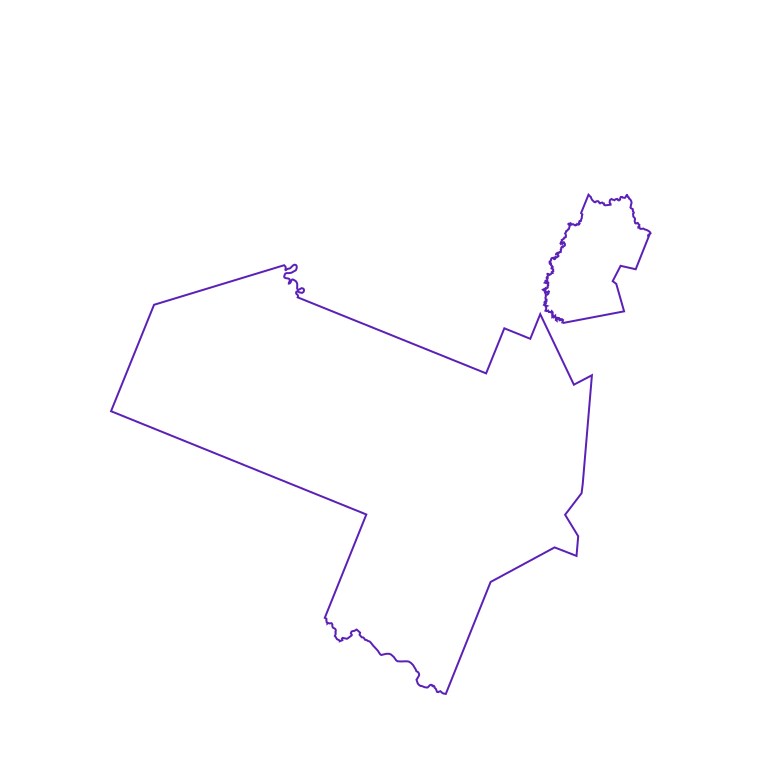 Ambunti/Drekikier District, East Sepik, Papua New Guinea (Natural Earth projection), rotated 22°
{"feature_id": "67681753B88786401502909", "entity_name": "Ambunti/Drekikier District", "entity_type": "district", "adm_level": 2, "iso_a3": "PNG", "parent_name": "Papua New Guinea", "parent_adm1": "East Sepik", "projection": "natural_earth1", "projection_center": [142.509, -4.218], "detail": "fine", "context": "isolated", "style": "outline", "palette": "violet", "viewbox_px": 768, "rotation_deg": 22, "n_neighbors": 0, "source": "geoboundaries", "source_scale": "gbopen_adm2", "svg_char_len": 6142}
<svg xmlns="http://www.w3.org/2000/svg" viewBox="0 0 768 768"><g transform="rotate(22 384 384)"><path d="M502.7,260.7L502.7,287.3L474.7,287.3L474.7,335.9L271.5,336.0L271.5,334.8L271.1,334.4L270.6,333.8L269.0,333.2L268.4,332.6L268.2,331.4L268.6,330.8L269.0,330.6L271.5,330.7L273.9,330.2L274.8,329.0L274.9,327.8L274.6,326.8L274.1,326.2L273.3,325.8L271.7,326.0L269.6,328.6L268.7,328.8L267.7,328.0L266.1,323.8L265.1,322.6L263.9,321.8L262.4,321.4L260.3,321.2L259.8,321.4L259.4,322.4L259.3,324.9L258.9,326.0L258.1,326.5L257.9,326.1L258.0,324.0L257.5,322.6L256.7,322.1L255.5,322.1L253.6,322.6L251.9,322.6L251.2,321.8L251.0,319.3L251.3,318.4L252.3,317.6L254.3,316.8L256.5,315.5L259.6,311.6L259.7,309.8L259.3,308.2L258.7,307.3L258.1,306.8L257.3,306.7L256.2,307.0L255.2,308.2L253.6,311.9L251.4,313.5L250.3,315.2L249.8,315.1L249.3,313.0L248.7,312.1L246.9,311.3L141.1,396.7L141.1,511.5L416.5,511.6L416.7,623.0L418.5,623.2L418.8,623.7L419.0,624.7L419.5,625.2L420.1,626.4L420.8,626.5L421.2,627.3L421.5,626.6L421.8,626.5L423.2,626.4L424.7,625.5L425.2,625.5L426.2,626.3L426.8,627.9L427.8,629.0L430.3,629.3L430.8,629.5L431.8,630.8L431.8,632.1L432.5,632.9L432.5,633.4L432.9,634.2L432.8,636.1L434.0,636.7L436.0,638.2L438.7,638.4L439.1,638.7L439.3,639.1L441.4,637.1L440.4,635.8L440.8,634.9L445.1,634.1L445.8,633.2L448.2,629.2L448.1,628.6L446.6,627.6L446.6,626.1L447.0,625.2L449.1,623.9L450.5,622.0L450.9,622.0L455.0,623.5L455.3,625.7L458.3,627.2L459.5,626.8L460.4,627.0L462.4,628.3L463.6,627.9L465.3,628.3L466.9,628.1L468.2,628.5L471.9,630.6L478.2,633.6L481.2,635.7L482.2,636.2L483.1,636.2L487.2,633.3L490.0,632.2L491.9,632.2L495.3,633.4L498.7,635.6L500.4,636.0L503.4,635.0L508.9,632.6L510.9,632.1L513.4,632.5L516.0,633.6L517.7,634.8L520.7,637.1L521.5,638.1L523.5,638.4L524.6,639.1L525.6,640.5L525.6,642.3L525.2,644.0L525.3,644.5L524.9,646.0L527.3,648.8L528.2,649.5L529.3,649.9L530.9,650.3L531.8,649.9L535.3,649.9L537.7,649.3L538.2,648.9L539.6,645.7L540.6,645.2L541.3,645.2L541.8,645.8L542.2,645.9L542.5,645.3L543.5,645.3L544.3,645.9L544.4,646.5L546.2,647.2L548.6,649.6L549.8,649.3L550.3,648.6L551.4,647.7L553.5,648.5L555.0,648.7L557.4,648.2L557.0,527.6L603.4,471.6L626.9,471.3L621.1,452.4L600.9,437.4L608.1,411.2L605.7,402.2L573.5,298.0L560.3,313.5L502.7,260.7ZM502.7,131.9L502.7,151.7L504.4,152.5L504.6,154.4L505.3,156.2L505.1,157.3L505.5,159.1L505.2,159.4L504.4,159.5L504.2,160.0L504.4,161.4L505.2,161.8L505.1,162.9L504.8,163.3L503.2,163.3L503.3,164.0L502.8,164.6L502.3,164.5L501.9,165.3L499.5,165.0L499.0,165.2L498.3,166.0L498.0,166.1L497.7,165.6L496.8,165.0L496.6,165.2L496.7,165.7L496.5,166.0L495.3,166.1L495.1,166.5L496.0,166.6L496.1,167.3L497.0,167.8L497.3,171.3L496.6,171.9L496.5,173.1L495.6,174.1L495.8,175.4L495.5,176.5L496.2,176.9L496.4,177.4L497.1,178.2L497.5,179.7L496.3,180.7L496.6,181.4L496.4,181.8L494.9,183.8L495.4,184.4L495.0,185.6L495.0,187.6L495.5,187.9L495.7,187.3L496.1,187.1L496.7,187.2L496.7,186.5L497.6,185.2L498.0,185.3L498.7,186.4L499.4,186.5L499.8,187.8L498.8,189.3L498.3,189.4L498.4,190.1L497.7,190.0L497.4,190.5L497.3,191.4L497.8,192.5L497.5,193.2L498.1,194.0L498.4,195.5L497.2,195.9L497.0,197.1L496.7,197.4L495.8,197.3L494.9,198.6L495.0,199.3L496.1,199.1L497.4,199.4L497.8,199.9L497.8,200.3L496.7,201.9L495.5,201.9L495.8,203.3L495.7,204.0L495.3,204.4L494.9,204.5L494.4,204.2L494.1,203.3L492.4,204.4L492.2,204.8L492.2,205.8L492.5,206.2L492.5,206.7L492.2,207.7L492.6,208.6L492.4,208.8L491.8,208.5L491.7,208.8L492.7,210.4L493.0,210.5L493.7,209.8L494.0,210.1L494.5,211.4L495.5,211.6L495.8,212.3L496.5,212.4L495.9,213.4L496.0,214.1L497.9,214.3L498.0,214.9L498.7,215.9L497.7,217.2L498.0,217.5L498.6,217.5L498.8,217.9L497.8,218.3L497.8,219.1L496.8,220.6L496.5,220.9L495.7,220.4L494.5,220.5L494.3,220.8L495.2,221.7L495.4,222.4L494.9,224.5L495.1,224.8L495.4,224.8L496.0,224.1L496.1,224.3L496.2,226.2L497.0,227.4L496.5,228.4L495.7,227.3L495.1,227.7L495.1,228.1L495.5,228.7L495.1,229.8L497.1,229.6L497.6,228.5L498.4,228.5L498.6,228.7L498.5,229.9L498.9,230.6L499.3,230.8L499.4,231.3L499.0,231.8L499.1,232.5L499.6,233.0L499.7,233.4L498.7,234.6L497.9,234.5L497.8,234.9L498.4,235.5L498.2,235.9L497.2,235.7L496.0,237.0L496.9,237.4L499.1,237.5L499.0,238.9L499.5,239.4L500.0,238.2L501.0,237.9L501.9,236.4L502.3,236.5L502.3,237.1L501.9,237.7L502.3,237.8L502.6,238.2L502.4,239.2L502.0,240.0L501.2,240.3L500.9,240.7L500.9,241.7L501.3,242.2L501.4,243.8L502.0,244.3L502.3,245.1L503.1,244.9L503.6,246.2L502.6,247.0L502.2,247.7L502.2,248.2L502.8,248.6L503.5,248.1L503.9,248.2L503.8,249.0L502.8,249.7L502.7,250.7L505.9,250.6L504.9,251.7L505.9,252.6L506.5,254.9L506.2,255.1L506.2,255.6L507.6,255.5L508.8,254.4L509.9,255.5L511.4,254.8L512.2,255.1L512.6,254.7L512.4,253.7L513.0,253.9L513.8,254.8L513.6,255.3L513.9,256.6L514.7,258.3L515.1,257.2L515.5,257.7L515.3,258.9L516.2,258.8L516.4,257.7L517.1,256.5L517.5,257.5L519.2,259.3L519.3,260.3L520.4,260.6L519.9,259.4L521.0,258.2L520.1,257.6L521.4,257.3L521.7,258.1L522.9,259.2L523.9,258.5L523.3,257.6L524.9,257.3L525.1,257.9L526.0,257.7L526.3,260.1L527.0,259.9L527.5,260.1L579.4,226.7L561.8,204.1L557.5,203.0L559.1,185.8L574.4,183.3L574.2,147.3L573.7,148.1L573.4,147.9L573.2,146.7L574.4,145.1L574.7,144.4L574.0,143.7L572.0,143.0L569.7,142.8L567.6,143.0L566.4,142.7L564.1,144.0L562.8,144.0L562.3,143.1L561.2,143.7L560.9,143.0L561.4,141.9L561.1,140.7L560.1,140.5L559.2,139.7L558.6,139.7L557.5,140.8L556.7,140.8L555.2,138.8L555.1,137.3L554.7,136.5L552.4,135.3L551.1,132.7L551.5,131.7L550.3,130.5L550.0,130.5L549.2,128.7L547.1,128.5L546.4,128.0L546.1,126.0L545.8,125.3L545.8,123.6L544.9,122.0L543.2,120.6L541.8,120.3L540.9,119.2L540.2,119.3L538.6,117.7L538.3,117.8L537.9,120.4L537.6,121.2L535.4,121.7L534.9,121.4L533.5,121.9L533.4,122.8L533.8,124.6L533.2,125.5L532.8,125.0L531.7,125.7L530.8,125.1L529.6,125.9L528.8,127.2L528.6,127.1L526.7,127.5L525.7,127.2L524.7,128.6L524.7,129.4L525.2,131.2L525.5,131.5L526.4,131.9L526.9,132.9L522.1,135.5L521.0,135.4L520.3,134.2L519.3,134.5L518.4,134.0L516.8,135.1L516.6,135.6L516.0,135.5L514.7,134.5L513.9,134.3L512.6,135.0L512.2,135.4L512.0,136.2L510.9,136.5L508.1,135.4L506.7,134.3L505.8,133.2L505.1,133.0L502.7,131.9Z" fill="none" stroke="#5b21b6" stroke-width="2"/></g></svg>